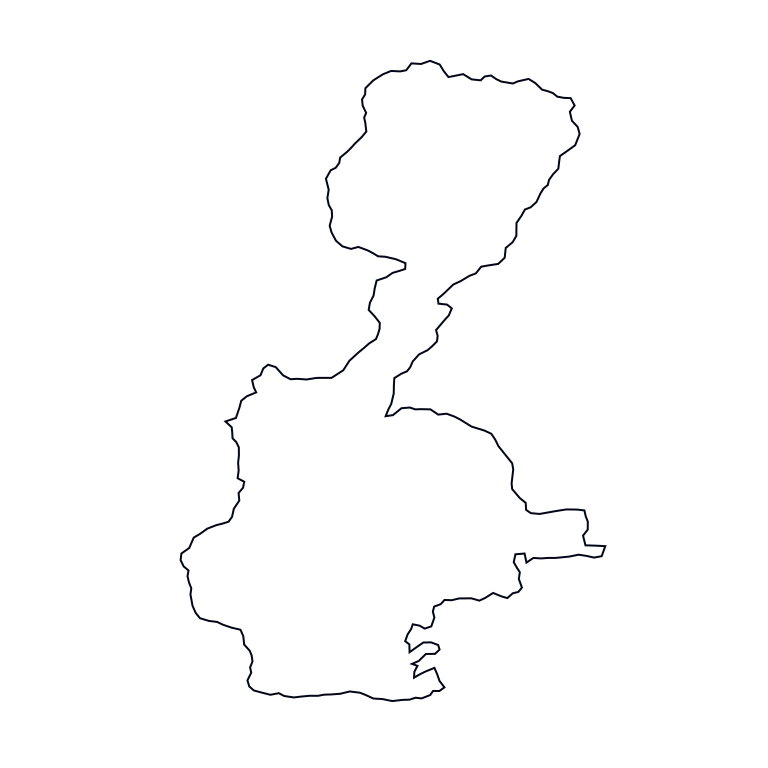 Moiporá, Goiás, Brazil, rotated 84°
{"feature_id": "56859067B10398357530750", "entity_name": "Moiporá", "entity_type": "district", "adm_level": 2, "iso_a3": "BRA", "parent_name": "Brazil", "parent_adm1": "Goiás", "projection": "natural_earth1", "projection_center": [-50.773, -16.509], "detail": "fine", "context": "isolated", "style": "outline", "palette": "ink", "viewbox_px": 768, "rotation_deg": 84, "n_neighbors": 0, "source": "geoboundaries", "source_scale": "gbopen_adm2", "svg_char_len": 4052}
<svg xmlns="http://www.w3.org/2000/svg" viewBox="0 0 768 768"><g transform="rotate(84 384 384)"><path d="M700.6,379.5L698.2,370.6L694.4,367.3L695.1,361.0L692.0,355.6L685.2,359.8L678.4,361.4L671.6,363.5L674.2,372.5L676.3,378.3L679.2,384.8L673.4,383.9L667.8,380.2L665.3,385.4L663.1,378.4L656.9,370.6L657.7,361.4L653.9,356.5L649.3,357.4L645.9,364.1L645.2,371.9L649.6,379.9L653.4,386.6L645.6,386.0L642.0,389.8L635.5,386.7L630.5,382.6L626.0,380.5L628.0,374.0L631.5,369.1L630.0,362.3L621.5,358.3L615.5,359.2L610.6,357.4L608.9,350.6L605.1,346.4L606.1,339.3L605.1,331.5L606.3,319.5L609.4,311.8L607.4,305.9L603.2,297.3L607.4,289.6L609.8,283.7L605.6,277.8L604.8,272.1L600.9,268.1L592.0,270.3L585.4,268.6L580.9,270.9L574.8,273.6L567.1,271.1L567.3,261.9L576.5,261.0L572.6,253.6L573.9,245.9L574.1,239.2L574.9,231.4L575.0,217.8L574.1,208.3L576.2,200.3L578.6,193.2L578.0,185.5L568.4,180.9L567.0,189.7L565.5,200.5L555.6,201.9L550.1,196.6L542.2,195.7L536.7,197.2L530.7,197.9L529.1,204.9L527.8,215.7L528.3,225.9L529.5,242.8L527.8,251.4L524.1,255.8L517.0,255.5L511.6,260.9L501.9,267.5L496.3,267.5L482.4,264.4L476.3,264.8L457.6,276.8L450.9,279.2L444.7,282.5L440.7,289.2L435.5,301.4L430.5,307.8L427.1,312.2L423.8,317.3L420.1,324.8L420.1,333.3L414.1,340.4L412.9,349.6L412.5,355.5L410.1,360.8L409.9,369.1L415.9,378.4L416.2,385.7L409.9,382.4L404.6,378.9L394.4,375.3L386.3,374.3L379.2,373.1L375.5,365.5L373.8,359.8L370.1,356.2L364.6,353.1L358.2,346.0L354.9,337.1L351.2,331.8L347.2,326.9L341.8,325.6L335.8,326.6L330.5,321.0L326.1,316.4L322.6,312.4L315.9,308.7L311.6,313.0L309.8,321.4L304.8,321.6L300.9,315.8L296.9,310.6L292.3,304.7L289.8,297.3L285.4,287.8L283.6,281.1L277.5,275.1L277.0,268.4L276.5,257.9L271.1,250.8L261.4,248.7L256.4,241.2L250.5,236.9L245.3,236.3L237.7,235.4L230.9,229.6L225.2,225.6L223.6,219.7L218.9,213.3L211.0,208.6L206.2,204.9L203.2,200.3L198.2,198.5L192.9,193.8L188.1,188.1L180.8,186.5L175.7,185.2L171.2,177.1L166.5,168.9L155.8,163.3L148.6,164.5L141.8,169.6L132.7,170.7L126.9,165.3L119.2,168.5L118.2,175.3L116.4,181.5L112.2,185.8L109.8,190.8L107.8,196.0L100.5,202.1L95.7,208.3L97.0,219.1L98.6,224.5L95.5,235.7L92.6,240.4L88.4,245.3L88.7,251.7L92.1,256.1L90.2,265.0L84.1,272.9L84.8,280.1L85.5,287.8L79.2,291.8L72.1,295.2L67.4,304.4L69.6,313.7L68.0,323.2L74.3,329.1L74.8,335.2L73.4,344.2L75.9,352.8L80.9,362.9L87.9,371.6L94.0,372.5L98.7,376.1L105.0,376.1L112.5,373.4L116.9,375.9L122.2,375.3L131.1,375.2L136.3,380.6L141.8,387.7L145.3,391.6L148.9,395.9L154.2,403.9L159.4,405.4L163.9,409.4L165.9,414.7L173.8,420.3L185.1,418.7L193.2,420.9L200.3,420.2L205.8,417.8L212.1,418.1L221.0,421.5L227.8,420.3L236.5,416.8L242.8,410.9L246.2,402.7L245.0,395.2L249.5,386.1L252.9,381.1L256.4,376.5L257.6,369.4L261.1,359.2L266.1,350.0L271.8,350.9L273.1,356.8L274.4,363.9L278.1,370.6L280.3,380.5L287.8,383.2L294.9,385.1L301.7,389.5L308.7,391.5L315.9,386.1L322.8,381.8L328.6,382.6L333.9,384.8L338.5,387.3L342.0,394.4L345.9,399.9L350.4,406.7L357.2,415.9L366.1,423.1L372.4,435.5L371.6,443.0L370.9,450.4L371.4,460.6L369.8,469.5L369.5,476.4L364.9,483.4L355.9,489.9L352.7,497.2L355.9,502.4L362.4,505.9L366.3,514.8L373.5,513.9L379.0,512.0L381.8,521.6L385.7,527.7L392.3,530.2L402.3,534.8L404.7,545.6L411.1,540.0L416.1,540.0L422.2,540.3L426.3,537.0L431.8,535.0L440.2,535.8L447.0,537.3L454.9,537.6L462.4,539.4L466.6,533.2L472.4,535.0L477.2,540.0L484.8,540.1L492.4,546.4L500.2,549.0L504.7,553.0L505.9,558.8L506.8,565.3L509.4,574.9L513.8,582.6L516.9,589.3L526.7,594.8L531.4,603.2L537.9,604.7L544.5,602.3L549.0,597.9L554.7,599.5L560.9,598.7L567.1,597.0L573.1,598.5L584.6,597.6L592.0,595.2L597.7,591.5L601.3,582.9L603.2,574.8L606.6,569.3L610.4,561.0L613.4,552.4L620.1,550.3L628.5,550.3L635.3,545.4L640.1,544.0L646.2,543.8L651.9,546.8L657.2,546.2L664.5,550.8L670.7,549.6L675.1,545.6L678.1,537.9L681.2,529.5L680.5,520.9L683.8,516.0L686.3,506.5L686.2,497.8L686.3,490.4L687.2,482.1L686.7,476.0L687.2,469.3L687.5,460.0L686.2,450.2L688.5,440.2L691.5,434.5L695.7,427.4L697.2,418.4L700.2,408.9L700.1,398.3L700.6,391.5L699.3,385.5L700.6,379.5Z" fill="none" stroke="#020617" stroke-width="2"/></g></svg>